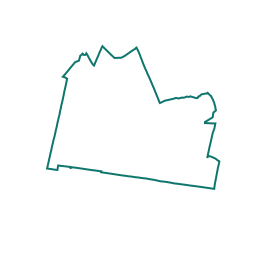 the district of Dragotesti, Dolj, Romania, rotated 341°
{"feature_id": "2599482B56727122450816", "entity_name": "Dragotesti", "entity_type": "district", "adm_level": 2, "iso_a3": "ROU", "parent_name": "Romania", "parent_adm1": "Dolj", "projection": "equal_earth", "projection_center": [24.092, 44.259], "detail": "fine", "context": "isolated", "style": "outline", "palette": "teal", "viewbox_px": 256, "rotation_deg": 341, "n_neighbors": 0, "source": "geoboundaries", "source_scale": "gbopen_adm2", "svg_char_len": 3817}
<svg xmlns="http://www.w3.org/2000/svg" viewBox="0 0 256 256"><g transform="rotate(341 128 128)"><path d="M206.4,146.6L211.5,145.5L213.8,141.2L216.9,140.0L217.1,137.8L217.4,136.3L217.5,135.3L217.5,133.7L217.7,132.7L217.5,128.6L217.1,126.6L217.0,125.7L217.1,125.4L217.1,125.1L216.6,124.4L215.9,123.1L214.8,120.7L213.7,121.2L213.1,120.7L210.2,120.5L208.9,120.1L207.4,120.4L206.9,121.0L204.6,121.2L204.3,121.9L203.4,122.2L202.1,121.9L200.5,120.7L199.3,119.9L197.2,118.3L196.6,118.5L196.0,118.5L194.9,118.1L194.5,117.8L193.8,117.4L192.8,117.5L191.5,117.6L190.2,117.4L189.1,116.8L188.1,116.9L187.0,116.5L185.9,116.7L185.0,116.4L184.3,115.8L183.3,115.2L182.4,115.1L180.8,115.2L171.8,114.2L166.3,114.8L166.2,114.5L166.1,113.2L166.1,112.0L166.0,111.5L166.0,109.8L165.9,108.1L165.8,107.1L165.7,104.4L165.5,101.6L165.4,98.9L165.0,93.7L164.9,91.8L164.5,86.8L164.4,85.9L164.1,83.6L164.0,81.1L163.5,76.6L163.5,75.6L163.3,72.3L163.2,68.2L163.0,64.6L163.0,61.9L162.7,58.5L162.4,56.2L162.2,54.7L161.7,54.8L160.6,55.5L157.4,56.2L151.8,57.8L148.1,58.8L145.3,59.3L143.7,59.2L142.5,58.7L141.0,58.3L139.5,57.8L138.1,57.5L135.3,52.2L132.6,46.7L131.2,43.9L130.7,42.9L130.5,42.4L130.4,42.5L130.0,42.8L129.5,43.2L129.0,43.7L128.5,44.4L126.6,46.3L125.4,47.6L124.5,48.7L123.0,50.4L122.1,51.4L121.3,52.2L117.9,56.0L117.0,57.0L116.5,57.5L116.4,57.8L116.3,58.0L116.2,58.0L116.0,57.5L115.7,56.9L115.3,56.0L115.1,55.2L114.9,54.5L114.5,52.5L114.2,50.7L113.8,48.6L113.5,46.5L113.3,45.6L113.2,44.8L112.9,43.8L112.7,44.0L112.3,44.5L112.0,44.7L111.9,44.8L111.5,44.9L111.2,44.9L110.8,44.8L110.5,44.7L110.3,44.6L110.0,44.4L109.9,44.2L109.7,43.9L109.6,43.6L109.5,43.3L109.3,43.0L109.3,42.9L109.2,42.8L108.9,43.0L108.5,43.5L108.1,43.8L107.7,43.8L107.1,43.9L106.4,44.1L105.6,45.3L104.8,46.5L103.6,48.3L101.6,48.5L99.7,48.4L92.2,52.9L89.5,54.6L85.9,56.8L85.1,57.2L84.1,57.8L83.1,58.3L84.8,59.6L85.4,60.2L86.5,61.6L82.6,68.1L80.1,72.1L76.3,78.6L74.4,81.7L72.1,85.3L70.6,87.9L69.4,89.8L68.4,91.5L67.8,92.7L67.1,93.8L66.5,94.6L64.5,97.8L62.9,100.3L61.5,102.8L59.2,106.4L55.8,112.0L54.6,113.8L53.9,114.7L53.3,115.8L51.9,118.0L49.6,121.5L48.9,122.9L47.8,124.7L46.8,126.2L38.3,140.0L39.6,140.6L40.7,141.2L42.3,142.0L42.8,142.3L44.1,143.0L45.7,143.8L47.6,144.7L48.5,143.1L49.3,141.4L49.7,140.7L50.7,141.2L51.5,141.6L53.1,142.4L55.1,143.3L56.8,144.1L58.3,144.9L59.0,145.2L59.6,145.5L60.3,145.9L60.7,146.0L60.5,146.4L60.4,146.8L60.5,147.0L61.2,147.2L61.3,147.2L61.5,147.1L61.8,146.8L62.1,146.9L62.7,147.2L62.9,147.3L63.1,147.3L64.0,147.7L65.8,148.6L76.6,154.2L78.7,155.3L81.3,156.6L84.2,158.0L86.6,159.3L88.7,160.3L88.2,161.1L88.9,161.5L91.3,162.7L95.5,164.9L99.0,166.7L104.1,169.4L107.2,171.0L108.2,171.5L109.2,172.0L109.9,172.3L110.7,172.7L112.3,173.6L113.2,174.0L115.1,174.9L117.6,176.2L119.5,177.2L120.8,177.7L122.5,178.6L126.0,180.4L127.3,181.0L128.7,181.6L129.6,182.2L130.0,182.4L130.5,182.7L132.2,183.6L132.9,184.0L134.0,184.6L135.0,185.1L135.6,185.4L141.4,189.0L145.6,190.9L149.5,193.0L153.8,195.5L157.0,197.0L159.7,198.4L163.8,200.4L168.0,202.6L171.9,204.5L177.2,207.2L177.5,207.3L182.5,209.9L189.7,213.6L192.0,209.0L194.8,204.2L198.6,197.5L200.5,194.2L201.5,192.7L202.2,191.6L203.2,189.9L203.5,189.2L203.4,189.0L203.1,188.8L202.8,188.5L202.4,188.1L202.3,187.8L201.9,187.2L201.6,186.8L201.4,186.4L201.0,185.8L200.6,185.4L200.2,184.8L199.6,184.3L199.1,183.9L198.9,183.6L198.6,183.4L198.0,182.9L197.5,182.3L197.0,181.9L195.7,181.1L195.3,180.9L194.9,180.9L194.6,180.9L194.1,181.2L193.7,181.5L193.1,182.1L193.7,181.2L194.1,180.5L194.5,179.9L195.9,177.5L197.1,175.6L198.0,174.0L198.7,172.8L199.5,171.6L200.2,170.5L201.6,168.2L203.7,164.9L204.2,163.9L206.0,161.1L206.6,160.2L206.9,159.8L209.5,156.6L212.1,152.1L210.4,151.6L208.5,150.8L202.4,148.4L202.7,147.4L203.8,147.2L204.5,147.0L205.5,146.8L206.4,146.6Z" fill="none" stroke="#0f766e" stroke-width="2"/></g></svg>